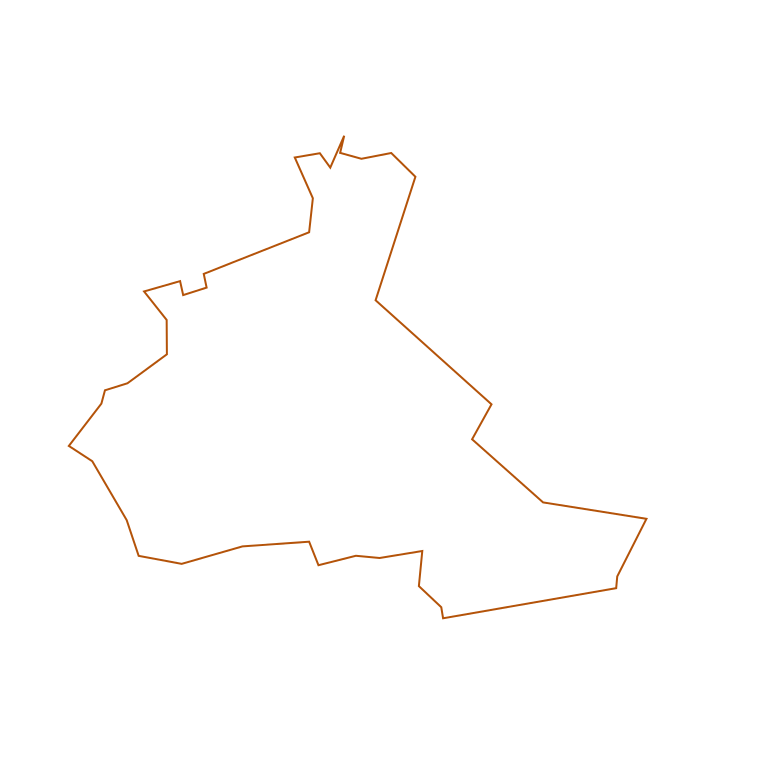 Johnson, Georgia, United States of America, rotated 195°
{"feature_id": "52423323B6841559990412", "entity_name": "Johnson", "entity_type": "district", "adm_level": 2, "iso_a3": "USA", "parent_name": "United States of America", "parent_adm1": "Georgia", "projection": "equal_earth", "projection_center": [-82.627, 32.666], "detail": "fine", "context": "isolated", "style": "outline", "palette": "amber", "viewbox_px": 768, "rotation_deg": 195, "n_neighbors": 0, "source": "geoboundaries", "source_scale": "gbopen_adm2", "svg_char_len": 681}
<svg xmlns="http://www.w3.org/2000/svg" viewBox="0 0 768 768"><g transform="rotate(195 384 384)"><path d="M576.5,154.5L532.9,157.9L478.7,190.5L415.5,212.3L400.4,192.0L366.7,210.8L343.2,214.8L303.8,232.6L298.0,197.8L270.9,183.2L266.3,173.0L106.9,246.9L108.9,258.5L95.6,321.7L199.7,310.8L284.6,353.4L274.9,392.2L413.8,462.7L407.3,592.3L436.8,609.0L464.1,595.7L486.2,595.9L486.7,613.5L491.9,579.1L505.7,590.3L528.8,579.7L500.8,545.0L495.6,511.2L562.4,461.7L586.6,443.7L580.3,431.2L601.0,417.9L607.6,430.6L639.7,411.3L610.5,389.6L601.4,356.5L632.0,318.3L651.9,305.7L651.9,291.9L672.4,242.6L645.8,233.9L597.3,185.9L576.5,154.5Z" fill="none" stroke="#b45309" stroke-width="2"/></g></svg>